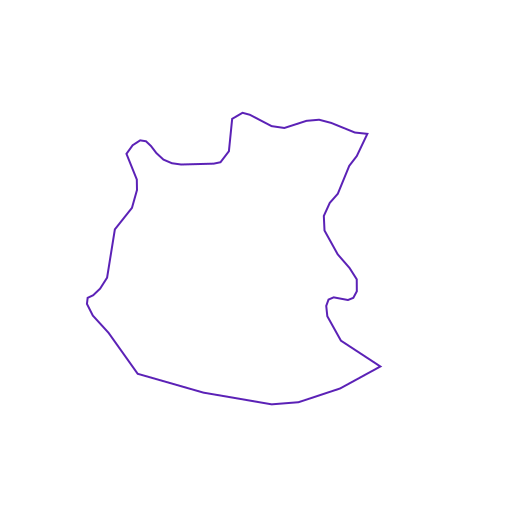 the Province of Hà Nam, rotated 302°
{"feature_id": "VNM-467", "entity_name": "Hà Nam", "entity_type": "Province", "adm_level": 1, "iso_a3": "VNM", "parent_name": "Vietnam", "parent_adm1": "", "projection": "orthographic", "projection_center": [106.005, 20.525], "detail": "fine", "context": "isolated", "style": "outline", "palette": "violet", "viewbox_px": 512, "rotation_deg": 302, "n_neighbors": 0, "source": "natural_earth", "source_scale": "10m", "svg_char_len": 846}
<svg xmlns="http://www.w3.org/2000/svg" viewBox="0 0 512 512"><g transform="rotate(302 256 256)"><path d="M228.2,420.0L188.2,397.5L154.5,369.5L138.5,347.9L112.3,283.9L93.4,218.1L112.7,171.7L119.0,149.2L125.8,138.0L131.3,135.4L136.4,138.7L145.7,141.1L158.7,141.2L203.8,122.2L231.1,125.3L248.9,120.1L257.7,114.4L274.0,92.0L284.6,92.7L292.7,96.5L295.0,101.9L293.6,108.7L290.5,116.9L288.7,126.4L290.1,135.5L293.9,144.0L311.9,171.2L316.7,176.2L330.5,177.5L359.7,163.1L370.3,168.7L372.5,175.9L374.4,200.4L379.6,212.2L397.4,227.2L405.0,237.3L408.7,249.2L413.1,274.4L418.6,285.7L394.2,288.5L381.9,287.3L352.1,292.4L340.2,290.4L325.9,292.3L313.9,300.6L300.7,324.4L295.4,341.7L289.6,353.8L279.5,360.2L272.1,360.7L267.4,357.3L262.1,343.8L257.5,340.6L250.9,342.0L242.7,348.4L229.2,372.9L228.2,420.0Z" fill="none" stroke="#5b21b6" stroke-width="2"/></g></svg>